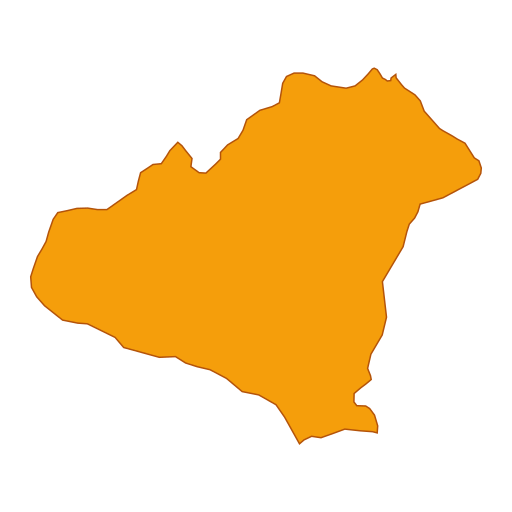 outline of Boda, Lobaye, Central African Republic
{"feature_id": "33826404B82101327169951", "entity_name": "Boda", "entity_type": "district", "adm_level": 2, "iso_a3": "CAF", "parent_name": "Central African Republic", "parent_adm1": "Lobaye", "projection": "albers", "projection_center": [17.344, 4.053], "detail": "fine", "context": "isolated", "style": "filled", "palette": "amber", "viewbox_px": 512, "rotation_deg": 0, "n_neighbors": 0, "source": "geoboundaries", "source_scale": "gbopen_adm2", "svg_char_len": 1646}
<svg xmlns="http://www.w3.org/2000/svg" viewBox="0 0 512 512"><path d="M395.8,74.4L391.1,78.0L390.7,80.6L387.3,81.0L385.4,79.5L382.4,78.0L380.2,74.2L377.2,69.7L374.2,68.2L372.3,69.0L368.2,73.9L362.6,79.9L355.1,85.9L346.1,88.2L331.1,85.9L322.1,81.8L314.6,75.8L303.0,73.1L294.0,73.1L286.5,76.5L282.7,83.3L280.9,94.2L279.4,102.8L272.2,106.6L259.9,110.3L246.7,119.7L243.0,130.3L238.1,138.5L227.6,144.9L220.5,152.4L220.5,159.2L215.6,164.1L205.9,173.1L199.1,172.7L190.9,166.7L192.0,158.5L185.6,150.6L181.9,145.7L177.8,142.3L169.9,150.6L166.5,156.2L163.1,161.1L161.3,163.7L153.0,164.5L148.1,167.8L140.6,172.7L138.4,181.0L136.5,189.6L127.1,195.3L106.9,209.6L97.5,209.6L87.7,208.1L76.9,208.4L67.1,210.7L57.8,212.6L53.2,219.3L48.7,232.1L46.1,241.5L42.0,249.0L37.5,256.5L33.3,268.6L30.7,276.8L31.5,287.4L36.7,296.8L44.6,305.8L57.3,315.9L62.6,320.1L77.6,323.1L87.3,323.8L115.1,337.4L123.7,347.5L159.3,357.3L175.5,356.6L185.6,363.0L197.2,366.7L210.0,369.7L226.5,378.4L242.2,391.6L258.7,394.9L276.0,404.7L284.6,417.1L299.5,443.8L304.0,439.9L311.6,436.3L321.0,437.7L333.7,433.2L344.8,429.1L360.4,430.8L372.6,431.7L377.2,432.9L377.7,425.9L374.5,415.1L369.7,408.6L365.7,406.0L356.8,405.7L353.9,401.9L354.1,393.5L360.9,387.7L366.1,383.8L371.2,379.5L370.5,375.7L367.6,368.4L370.9,354.2L382.2,335.0L386.5,317.2L382.4,281.6L403.1,246.7L406.9,231.5L409.3,224.1L414.6,218.1L417.9,211.8L420.1,204.1L442.9,197.8L477.7,179.3L480.8,173.3L481.3,168.0L478.9,160.8L474.3,157.9L465.0,143.2L457.3,139.1L452.7,136.2L442.9,130.7L439.5,128.5L424.2,111.2L420.3,100.9L415.0,94.9L404.5,88.1L401.6,84.8L396.1,77.8L395.8,74.4Z" fill="#f59e0b" stroke="#b45309" stroke-width="1.5"/></svg>